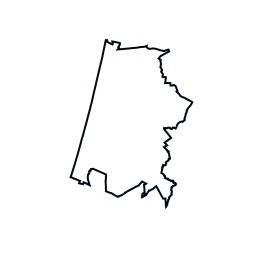 outline of Pijijiapan, Chiapas, Mexico, rotated 60°
{"feature_id": "50627088B85792572299721", "entity_name": "Pijijiapan", "entity_type": "district", "adm_level": 2, "iso_a3": "MEX", "parent_name": "Mexico", "parent_adm1": "Chiapas", "projection": "natural_earth1", "projection_center": [-93.116, 15.653], "detail": "fine", "context": "isolated", "style": "outline", "palette": "ink", "viewbox_px": 256, "rotation_deg": 60, "n_neighbors": 0, "source": "geoboundaries", "source_scale": "gbopen_adm2", "svg_char_len": 5499}
<svg xmlns="http://www.w3.org/2000/svg" viewBox="0 0 256 256"><g transform="rotate(60 128 128)"><path d="M40.8,103.3L48.4,110.1L54.5,115.5L61.0,121.7L64.5,125.0L69.5,129.7L72.0,132.1L73.5,133.4L80.2,139.8L88.0,146.9L89.0,148.0L90.9,150.0L91.3,150.2L92.0,150.8L92.3,151.2L95.4,154.2L96.1,155.0L97.0,155.9L104.1,162.9L108.6,167.5L109.3,168.1L112.5,171.4L114.4,173.5L115.2,174.3L116.5,175.5L124.4,183.5L132.9,192.4L142.0,202.3L142.6,201.6L144.1,200.5L144.6,200.4L144.8,200.2L145.1,199.9L145.2,199.7L146.0,198.9L148.4,197.2L149.0,196.8L149.8,196.0L151.4,198.0L154.1,195.1L152.8,193.6L157.1,190.6L158.3,189.8L156.3,189.4L154.0,188.8L151.4,188.0L148.7,186.2L148.0,185.3L147.7,184.5L148.0,184.2L147.5,183.9L147.0,183.6L146.5,183.5L145.8,182.8L145.8,182.7L146.0,182.4L146.2,182.0L145.9,181.8L145.8,181.7L145.8,181.2L145.6,181.0L145.2,180.9L145.0,180.6L145.1,180.4L145.3,180.1L145.5,179.9L145.7,179.6L145.7,178.8L153.5,173.0L157.2,170.3L159.7,171.8L161.6,173.0L162.2,173.5L163.6,174.4L166.5,175.8L171.7,178.7L174.0,177.0L176.1,175.0L176.4,174.8L178.9,173.5L181.1,172.2L182.3,171.4L182.5,169.7L182.8,169.8L183.0,166.5L182.9,163.0L182.6,162.9L182.6,160.9L182.6,160.2L182.6,159.3L182.6,158.3L182.6,156.5L182.8,155.4L182.7,154.5L182.8,152.6L182.8,150.9L183.1,147.6L181.4,142.5L181.9,142.3L185.3,140.1L185.4,140.7L185.3,142.6L187.6,143.6L190.6,145.1L191.7,145.7L194.3,146.8L192.1,146.8L192.3,147.9L192.2,148.5L194.9,150.4L195.1,146.8L194.8,146.8L195.1,145.8L192.7,141.3L193.0,141.2L193.2,136.5L192.5,133.8L192.6,132.6L206.7,132.9L207.8,130.9L215.2,134.4L215.1,134.1L214.7,133.8L214.6,133.3L214.1,133.1L214.1,132.9L213.9,132.3L213.7,132.0L213.3,131.8L212.8,131.7L212.6,131.6L212.1,130.6L211.8,130.3L211.4,129.8L210.4,129.2L210.4,128.8L210.3,128.5L210.1,128.3L210.0,128.1L209.6,127.7L209.3,127.5L209.0,127.5L208.7,127.4L208.5,127.1L208.6,126.7L208.5,126.0L208.1,125.5L208.0,125.4L207.9,124.8L207.8,124.6L207.9,124.0L207.8,123.7L207.5,123.5L207.4,123.4L207.2,123.4L207.0,123.2L206.7,123.2L206.4,123.0L206.3,122.9L206.0,122.9L205.8,122.6L205.7,122.4L205.4,122.3L205.3,122.2L205.2,121.9L204.8,121.8L204.3,121.7L203.9,121.7L203.6,121.6L203.3,121.6L203.0,121.3L202.7,120.7L202.2,120.7L201.8,120.2L201.5,120.1L201.2,120.1L201.0,119.7L201.1,119.1L201.1,118.9L200.9,118.7L200.9,118.4L200.8,118.0L200.7,117.9L201.1,116.9L201.1,116.6L200.8,116.1L200.7,115.6L201.0,115.3L201.0,115.2L200.9,114.8L200.6,114.7L200.3,114.4L199.6,114.5L198.8,114.9L198.6,115.2L198.5,115.8L198.3,116.0L197.9,116.1L197.7,116.0L197.3,115.4L197.1,115.3L196.7,115.2L196.3,115.3L195.8,115.7L195.6,116.0L195.5,116.5L195.7,116.8L195.5,117.2L195.3,117.4L194.5,117.8L194.1,117.7L193.7,118.0L193.4,118.3L193.0,119.0L192.9,119.0L192.5,118.6L192.4,118.6L192.1,118.6L191.7,119.0L191.5,119.3L191.3,119.8L190.9,120.1L190.7,120.5L190.4,120.7L189.9,120.9L189.8,121.0L189.1,120.3L188.8,120.2L188.6,120.3L188.2,120.3L188.0,120.1L187.7,120.0L187.5,120.3L187.4,120.6L187.2,120.7L186.8,120.5L186.4,120.3L185.2,120.7L183.6,121.6L179.7,118.0L179.4,117.6L179.3,117.8L179.2,118.0L177.6,116.0L177.9,115.9L178.7,114.8L179.0,114.4L179.0,114.0L178.8,114.0L178.3,113.6L178.2,113.0L178.0,112.7L177.2,112.6L176.9,112.5L176.7,112.4L176.4,111.2L176.5,110.4L176.3,109.5L176.3,109.1L176.1,108.8L175.8,108.6L175.3,108.5L175.2,108.2L175.7,107.2L175.3,106.8L174.7,106.5L174.1,106.6L173.8,106.6L173.2,106.3L171.7,105.6L170.1,105.2L169.1,105.4L168.1,105.4L168.3,104.8L162.5,106.4L162.7,102.8L161.0,103.1L159.4,103.5L158.9,103.6L158.1,95.6L147.6,97.2L147.6,96.9L147.5,96.4L147.4,96.3L146.7,96.5L146.4,96.8L146.2,96.9L146.0,96.7L146.5,96.1L146.6,95.7L146.8,95.5L146.9,95.3L147.2,94.8L147.7,94.4L147.7,94.2L147.6,93.3L147.7,93.0L148.5,92.3L148.7,91.9L148.7,91.7L148.8,91.6L149.6,91.7L149.9,91.5L150.1,91.3L150.3,91.2L150.5,90.8L150.8,90.5L150.8,90.3L150.7,90.1L150.1,89.5L150.0,89.1L150.1,88.7L150.8,88.0L152.2,87.1L151.9,86.3L149.2,82.8L148.8,80.7L149.0,79.3L149.1,78.6L149.9,77.7L149.9,77.3L149.6,76.0L149.7,75.5L149.6,75.3L149.5,74.9L149.1,74.6L148.7,74.5L148.4,74.6L147.9,74.3L147.4,73.5L147.0,73.2L146.8,72.8L146.5,72.6L146.0,72.0L145.8,71.8L144.8,70.9L144.5,70.8L144.4,70.3L143.1,68.9L142.6,68.7L142.3,68.3L142.0,68.0L141.8,67.7L141.8,67.4L141.1,66.4L140.3,64.5L140.2,64.1L140.1,63.9L139.9,63.3L139.8,62.8L139.5,62.3L139.3,61.9L139.2,61.6L139.1,61.4L138.5,60.4L137.7,59.4L130.3,63.9L130.2,64.0L127.3,66.2L126.3,66.6L124.0,66.8L120.7,67.8L120.6,67.4L120.7,66.7L115.8,65.8L114.0,66.4L113.8,67.3L113.3,67.7L113.3,68.6L112.4,69.9L110.3,68.9L109.4,70.2L109.3,70.4L109.1,70.6L107.7,73.4L103.0,69.8L100.9,72.5L100.7,72.3L100.6,72.1L100.1,71.9L99.9,71.7L99.6,71.2L99.3,71.0L99.1,70.9L98.5,70.9L97.1,70.9L96.8,71.0L96.3,71.2L95.9,71.1L95.5,70.9L95.4,70.6L95.4,70.1L95.2,69.7L94.6,69.5L94.2,69.4L93.9,69.5L92.9,69.3L92.5,69.5L92.2,69.6L91.4,69.5L91.1,69.3L90.5,68.5L89.3,67.7L89.0,67.7L88.7,67.3L87.3,66.6L86.8,66.7L86.5,66.6L86.2,66.2L85.6,66.1L85.4,65.9L85.1,65.6L84.9,65.8L84.7,66.2L84.4,66.2L84.1,66.4L83.1,66.7L82.0,63.7L82.0,63.4L82.2,54.1L80.4,53.7L80.0,54.9L79.3,58.5L79.1,58.8L78.0,59.8L76.8,61.2L75.8,61.9L75.3,62.5L72.8,64.9L71.6,66.5L70.5,69.3L69.8,70.1L69.0,71.0L67.2,71.3L66.8,71.3L66.7,71.3L66.3,70.9L66.2,72.2L64.6,76.0L63.8,77.4L63.1,79.7L61.0,84.2L58.1,90.7L54.8,97.6L54.6,97.0L54.3,95.9L54.1,95.8L53.8,95.8L53.4,96.0L53.2,96.1L52.8,95.6L52.7,95.3L52.5,94.6L52.1,94.3L52.0,93.9L51.9,93.7L51.7,93.4L51.2,93.2L50.9,93.0L50.8,92.9L50.7,92.6L50.4,92.5L45.2,98.3L47.3,99.0L47.8,99.4L47.9,99.7L43.1,102.9L41.5,102.1L40.8,103.3Z" fill="none" stroke="#020617" stroke-width="2"/></g></svg>